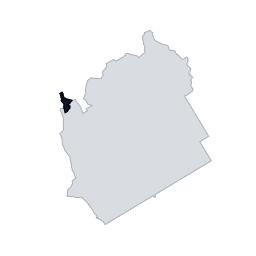 location of Al Kurmuk, Blue Nile, Sudan, rotated 149°
{"feature_id": "16777658B11118605799379", "entity_name": "Al Kurmuk", "entity_type": "district", "adm_level": 2, "iso_a3": "SDN", "parent_name": "Sudan", "parent_adm1": "Blue Nile", "projection": "mercator", "projection_center": [34.082, 10.395], "detail": "fine", "context": "in_parent", "style": "filled", "palette": "ink", "viewbox_px": 256, "rotation_deg": 149, "n_neighbors": 0, "source": "geoboundaries", "source_scale": "gbopen_adm2", "svg_char_len": 5236}
<svg xmlns="http://www.w3.org/2000/svg" viewBox="0 0 256 256"><g transform="rotate(149 128 128)"><path d="M168.2,192.9L166.2,192.9L166.0,192.4L166.1,191.2L166.3,190.2L167.0,188.7L166.8,187.8L166.9,186.6L166.4,185.3L161.7,181.4L160.8,180.3L158.3,179.3L158.8,178.2L157.7,170.2L158.2,169.3L158.4,167.9L158.4,166.6L159.0,164.6L159.0,163.7L154.1,163.6L154.0,164.5L154.2,165.5L154.2,165.9L147.3,165.9L150.1,169.1L150.2,170.5L150.1,172.2L150.1,173.3L150.2,174.0L151.0,175.4L150.9,175.7L150.8,176.0L145.9,180.2L145.0,182.2L144.4,183.2L143.0,184.9L138.5,189.3L137.8,189.6L134.3,189.8L134.0,189.9L133.7,190.1L130.7,187.4L125.8,184.3L122.5,185.9L121.6,186.5L121.6,188.0L121.1,188.8L120.3,189.7L117.8,190.2L116.6,190.7L115.1,191.5L113.7,192.9L113.5,193.7L113.7,194.3L105.4,194.3L104.9,193.8L103.7,191.4L102.8,191.6L95.3,191.3L94.2,191.5L92.0,192.5L91.0,192.7L89.8,192.2L85.9,187.6L85.0,187.0L84.1,185.9L83.3,185.4L83.0,185.1L82.9,184.6L82.9,183.6L82.6,182.9L82.0,182.8L76.7,183.9L75.9,183.7L74.8,183.9L74.4,184.1L73.9,184.7L73.9,186.0L73.7,186.6L73.3,187.3L71.8,188.9L71.4,189.6L71.5,191.3L71.4,192.2L71.2,192.6L70.5,193.3L70.3,193.7L70.0,195.9L69.2,197.2L69.0,197.7L68.9,198.7L68.8,199.0L66.4,199.7L65.5,200.2L64.9,201.0L64.8,201.3L63.8,201.0L62.5,200.8L59.9,200.6L58.9,200.2L58.5,199.7L58.6,198.4L58.4,198.1L58.0,197.8L57.7,197.3L57.7,196.6L59.1,195.0L59.3,194.2L59.7,190.3L59.6,189.1L58.5,186.9L56.1,183.1L55.5,182.4L52.5,179.3L52.1,178.8L51.4,177.5L52.2,174.6L52.3,173.8L52.1,173.0L51.3,172.4L50.6,172.3L49.7,171.5L49.1,171.2L48.6,170.5L48.2,169.5L48.5,166.1L48.3,165.7L47.6,165.5L47.4,165.3L47.4,164.6L47.0,162.7L46.5,161.1L46.8,160.2L46.1,159.0L44.9,158.4L42.5,158.8L41.7,158.8L41.2,158.6L40.8,158.1L40.6,157.6L40.8,156.8L41.5,155.3L42.3,154.1L44.1,153.0L44.6,152.5L44.8,151.8L44.9,151.1L44.8,150.3L44.6,149.6L44.0,148.6L43.6,147.5L43.6,146.8L43.8,146.2L44.3,145.6L46.0,144.3L47.8,143.3L48.1,142.9L47.9,142.5L47.1,141.6L46.9,139.9L46.4,138.7L47.3,137.8L48.0,137.5L49.0,137.2L49.4,136.9L49.6,136.2L49.5,135.5L49.9,135.0L50.4,133.9L50.8,133.4L52.2,132.1L52.5,131.3L52.5,130.5L52.2,128.1L53.0,127.1L54.0,126.3L55.4,126.4L57.6,126.2L59.1,125.8L60.2,125.8L62.7,126.3L63.0,126.1L63.1,125.5L63.1,79.3L73.3,79.3L73.5,79.3L73.5,57.0L138.3,57.0L138.9,57.0L139.9,54.9L140.3,54.7L141.0,54.8L141.2,55.3L140.7,57.0L197.3,57.0L197.4,59.6L197.9,61.6L199.5,64.5L200.8,66.1L201.3,67.0L201.4,67.4L201.3,67.7L200.9,67.3L200.2,67.0L200.1,68.4L200.4,71.2L201.0,73.1L200.6,74.9L200.6,77.9L201.3,81.6L201.2,83.9L202.4,89.3L203.5,92.3L204.1,93.0L204.9,93.4L206.2,93.7L208.2,95.2L209.8,96.8L210.4,97.7L211.1,98.6L211.6,98.4L212.0,98.2L212.5,98.9L215.0,100.5L215.4,101.2L214.5,102.0L213.4,103.2L212.9,104.4L212.6,104.8L211.8,105.5L211.7,105.8L211.3,106.1L210.9,106.1L210.1,106.5L209.3,106.4L208.5,106.6L208.2,106.9L207.6,107.1L206.8,107.2L205.4,108.2L204.3,108.7L203.9,109.1L203.3,111.0L202.9,111.5L201.2,111.6L200.4,111.8L199.3,111.6L198.7,111.6L198.6,112.0L198.4,113.7L198.4,114.4L197.4,116.3L197.7,119.9L196.8,122.5L196.7,123.1L195.7,125.3L195.3,126.0L194.1,130.0L193.6,131.2L192.6,132.5L193.7,141.9L192.8,144.8L192.9,146.3L192.3,148.6L191.8,149.7L191.0,151.0L190.4,152.4L189.9,154.3L189.5,157.9L189.3,158.3L186.3,158.7L185.4,159.0L184.8,159.4L184.0,160.3L182.5,162.8L181.7,164.4L180.4,166.5L179.0,168.0L178.7,168.7L178.4,170.0L177.9,172.2L177.4,173.7L177.5,174.9L177.0,177.0L177.1,178.1L176.6,178.6L175.9,179.2L175.4,179.3L173.3,177.9L171.9,178.9L171.0,180.2L170.3,181.6L170.7,184.6L170.6,185.2L170.4,185.9L169.0,188.8L168.6,190.1L168.2,192.4L168.2,192.9Z" fill="#d9dde1" stroke="#a8b0b8" stroke-width="1"/><path d="M172.7,178.3L172.7,177.8L172.7,177.2L172.7,176.6L172.9,176.6L173.4,175.2L173.9,173.6L171.4,173.5L170.8,173.8L170.7,173.9L170.2,174.2L170.1,174.3L169.6,174.5L169.3,174.6L169.2,174.7L169.1,174.8L168.1,175.0L167.9,175.2L167.4,175.2L167.1,176.3L166.5,176.6L167.1,177.4L167.9,179.0L167.4,178.9L165.8,179.1L165.1,179.3L162.8,180.4L162.4,180.4L162.2,180.4L162.5,180.9L163.9,182.5L164.0,182.6L164.5,183.1L165.0,183.4L165.2,183.6L165.3,183.8L165.4,184.0L166.0,184.9L166.2,185.2L166.3,185.4L166.3,185.5L166.5,185.5L166.8,185.5L167.0,185.5L167.1,185.8L167.0,186.0L167.1,186.3L167.3,186.5L167.3,186.8L167.3,187.0L167.4,187.3L167.3,187.5L167.3,187.8L167.3,188.0L167.3,188.3L167.2,188.4L167.1,188.5L167.1,188.8L167.0,189.0L167.0,189.3L166.9,189.4L166.9,189.5L166.7,189.6L166.5,189.8L166.5,190.0L166.4,190.3L166.3,190.5L166.3,190.8L166.3,191.0L166.2,191.1L166.2,191.3L166.2,191.5L166.2,191.9L166.2,192.0L166.3,192.3L166.3,192.5L166.5,192.5L166.8,192.5L167.2,192.5L167.5,192.5L167.8,192.5L168.0,192.5L168.3,192.5L168.5,192.5L168.5,192.1L168.5,191.8L168.6,191.6L168.7,191.2L168.8,190.8L169.1,189.9L169.1,189.7L169.2,189.4L169.4,189.1L169.6,188.5L169.7,188.3L169.7,188.2L169.7,187.9L169.7,187.7L169.8,187.4L169.9,186.7L170.0,186.6L170.3,186.4L170.6,186.2L170.9,186.0L170.9,185.9L170.9,185.7L171.0,185.5L171.0,185.4L171.0,185.2L171.0,184.9L171.0,184.7L170.9,184.4L170.8,183.9L170.6,183.4L170.5,183.0L170.5,182.9L170.6,182.6L170.6,182.3L170.6,182.2L170.4,181.8L170.4,181.6L170.5,181.4L170.5,181.2L170.8,180.9L171.0,180.6L171.5,180.1L171.7,179.8L171.9,179.3L172.2,178.7L172.3,178.7L172.5,178.4L172.7,178.3Z" fill="#0f172a" stroke="#020617" stroke-width="1.5"/></g></svg>